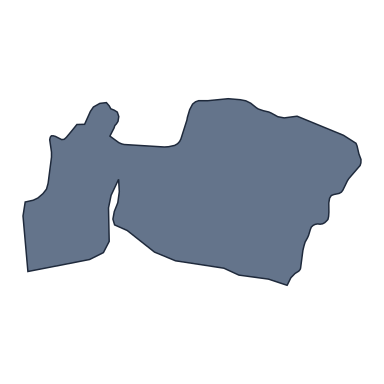 map outline of Samut Prakan (Robinson projection)
{"feature_id": "THA-422", "entity_name": "Samut Prakan", "entity_type": "Province", "adm_level": 1, "iso_a3": "THA", "parent_name": "Thailand", "parent_adm1": "", "projection": "robinson", "projection_center": [100.716, 13.596], "detail": "fine", "context": "isolated", "style": "filled", "palette": "slate", "viewbox_px": 384, "rotation_deg": 0, "n_neighbors": 0, "source": "natural_earth", "source_scale": "10m", "svg_char_len": 1569}
<svg xmlns="http://www.w3.org/2000/svg" viewBox="0 0 384 384"><path d="M287.1,285.3L268.4,279.1L238.9,275.1L223.9,268.2L175.5,260.8L154.5,252.1L127.2,230.5L114.6,224.9L112.9,219.1L114.3,211.5L117.8,202.7L119.3,191.7L118.6,179.3L111.1,195.3L108.5,207.9L109.2,241.4L103.4,252.6L89.6,259.5L27.9,271.5L23.0,216.0L25.2,202.0L33.3,200.2L37.9,198.0L43.0,193.6L46.5,189.1L48.1,183.3L51.5,157.1L51.5,152.1L49.7,139.7L50.3,137.2L51.4,135.8L53.2,135.8L55.4,136.4L61.7,139.6L64.2,139.3L66.4,137.3L71.9,130.7L76.9,124.5L84.6,124.3L90.4,111.4L93.4,107.0L99.8,103.4L106.4,102.6L109.3,106.0L110.8,108.8L114.1,110.1L117.3,112.1L118.8,116.6L118.0,121.4L116.4,123.9L114.8,125.6L114.1,127.9L109.9,136.1L118.9,142.7L121.7,143.9L124.1,144.5L164.5,147.0L168.7,146.7L174.7,145.4L177.6,143.7L179.6,141.5L180.9,139.0L186.9,120.1L187.4,117.3L189.7,109.6L192.6,104.1L195.5,101.8L198.6,100.7L207.8,100.7L228.2,98.7L240.2,99.7L245.8,100.8L250.7,103.2L256.3,107.7L258.3,109.0L263.3,110.7L268.8,112.0L271.3,113.1L277.8,116.7L284.2,117.9L297.1,116.2L343.5,135.3L356.0,143.3L357.1,146.1L358.9,153.9L361.0,159.5L360.9,162.9L360.1,165.5L348.9,178.5L347.4,180.8L342.9,190.1L341.4,192.1L339.2,193.4L333.9,194.5L331.3,195.5L329.6,198.2L328.8,202.9L328.9,212.2L328.6,216.5L327.9,219.5L326.4,221.1L324.7,222.7L322.6,223.8L320.1,224.2L317.5,223.9L315.1,224.4L313.1,225.4L311.3,227.1L310.3,229.6L308.6,235.3L307.5,237.8L305.1,242.1L304.0,245.8L302.9,250.4L300.6,268.0L300.4,268.9L299.8,269.9L298.8,271.1L295.0,273.5L290.9,277.7L287.2,285.2L287.1,285.3Z" fill="#64748b" stroke="#1e293b" stroke-width="1.5"/></svg>